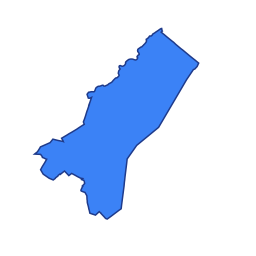 outline of Ramatas pag., Mazsalacas, Latvia, rotated 143°
{"feature_id": "27541924B28390820320084", "entity_name": "Ramatas pag.", "entity_type": "district", "adm_level": 2, "iso_a3": "LVA", "parent_name": "Latvia", "parent_adm1": "Mazsalacas", "projection": "equal_earth", "projection_center": [24.963, 57.985], "detail": "fine", "context": "isolated", "style": "filled", "palette": "blue", "viewbox_px": 256, "rotation_deg": 143, "n_neighbors": 0, "source": "geoboundaries", "source_scale": "gbopen_adm2", "svg_char_len": 5228}
<svg xmlns="http://www.w3.org/2000/svg" viewBox="0 0 256 256"><g transform="rotate(143 128 128)"><path d="M218.3,163.4L214.0,159.8L213.7,159.5L213.7,158.4L213.7,156.5L214.1,156.0L213.3,154.8L212.0,152.2L211.8,152.0L215.4,150.4L219.6,148.8L222.2,147.6L222.9,147.3L223.1,145.7L223.3,144.0L223.5,142.2L223.3,141.6L221.2,135.3L219.0,131.5L216.4,131.5L215.9,131.8L215.7,131.8L212.9,131.8L212.3,132.2L210.0,132.2L210.0,131.7L206.3,131.8L204.6,131.8L203.9,125.6L200.3,125.6L198.5,121.7L197.7,119.8L196.1,116.5L194.6,114.9L196.1,114.7L194.9,112.9L194.5,112.4L194.7,112.5L195.3,111.2L195.9,109.9L196.0,109.8L196.4,109.7L198.6,109.3L199.4,109.2L199.4,108.5L199.7,108.5L200.2,108.3L200.6,108.0L201.6,107.5L203.0,106.7L203.2,106.4L203.3,105.9L203.2,105.7L202.9,105.2L202.5,104.5L201.4,102.8L201.1,102.4L201.2,101.9L201.3,101.3L201.6,98.8L201.8,98.4L202.2,97.8L202.8,96.9L203.3,96.2L203.6,95.8L204.1,94.8L205.4,92.9L205.7,92.2L207.0,89.0L208.1,86.7L208.3,86.2L208.4,85.8L208.9,84.7L209.1,84.2L209.4,83.7L209.5,83.3L209.6,83.0L209.7,82.8L209.5,82.6L208.9,81.6L208.5,81.1L208.0,80.3L207.8,80.1L207.4,79.5L206.4,78.0L201.3,78.5L201.0,76.2L200.9,76.1L201.0,76.0L200.5,71.5L200.4,70.0L200.3,69.2L199.4,67.8L195.2,67.7L194.6,67.7L191.1,67.7L186.9,67.7L184.3,67.7L182.1,67.6L181.3,68.4L179.7,70.1L171.6,78.4L166.3,83.8L163.3,87.1L162.2,88.2L159.7,90.9L150.6,100.3L147.3,103.8L131.5,108.9L103.2,110.1L52.0,131.4L40.6,135.3L39.1,134.9L35.8,135.5L32.5,137.3L33.3,140.6L33.4,141.2L34.3,144.5L35.4,148.9L36.3,152.8L37.4,157.5L37.9,159.1L39.5,166.0L40.0,169.2L40.2,169.7L41.0,172.8L42.2,177.7L42.9,180.9L43.4,182.7L43.5,183.3L43.8,184.6L42.2,184.7L42.2,184.8L42.2,185.1L42.2,185.3L42.2,185.5L42.0,185.8L41.8,186.0L41.9,186.3L41.8,186.7L41.5,186.8L41.4,187.0L41.2,187.2L41.4,187.4L41.6,187.5L41.8,187.5L42.5,187.6L42.8,187.6L43.1,187.7L43.6,187.7L44.3,187.7L45.3,187.7L46.1,187.8L46.8,187.8L47.8,187.9L48.1,187.9L49.7,187.9L50.3,188.0L50.8,188.0L51.1,188.1L51.4,188.1L51.8,188.1L52.5,187.8L53.0,187.6L53.3,187.5L53.7,187.5L54.0,187.6L54.3,187.6L54.6,187.8L54.8,188.0L55.0,188.3L55.3,188.4L55.6,188.4L56.0,188.3L57.0,187.9L57.3,187.9L57.6,187.8L58.0,187.8L58.6,187.8L59.2,187.7L59.5,187.8L59.9,187.9L60.0,187.9L60.3,187.6L60.5,187.3L60.5,187.2L60.6,186.7L60.8,186.4L61.2,186.1L61.6,185.9L62.0,185.6L63.3,185.3L63.6,185.2L64.9,185.0L65.3,185.0L65.8,184.8L67.2,184.7L68.0,184.5L68.4,184.6L68.5,184.7L68.7,184.8L69.4,184.9L69.5,184.9L70.0,184.9L70.4,184.9L70.6,184.9L71.3,184.9L71.6,185.0L71.8,185.0L72.0,185.0L72.6,184.9L72.9,184.8L73.2,184.5L73.5,184.3L73.6,184.2L73.8,184.0L73.9,183.7L74.1,183.4L74.2,183.2L74.2,182.6L74.2,182.1L74.2,181.8L74.2,181.6L74.3,181.3L74.3,181.0L74.5,180.5L74.6,180.2L74.8,180.0L75.0,179.9L75.5,180.0L76.1,180.1L76.8,179.9L77.2,179.8L77.6,179.7L77.8,179.5L78.0,179.4L78.1,179.2L77.8,178.7L78.0,178.3L78.1,178.2L78.3,178.0L78.8,177.8L79.1,177.6L79.3,177.5L79.5,177.5L80.1,177.5L80.6,177.6L81.1,177.8L81.4,178.2L81.7,178.5L82.2,179.3L82.6,179.9L82.8,180.1L83.1,180.5L83.3,180.6L83.6,180.9L83.9,181.1L84.7,181.7L85.1,181.8L85.7,182.1L86.3,182.3L86.7,182.3L87.2,182.3L87.6,182.3L88.5,182.3L89.0,182.2L89.7,182.2L89.9,182.1L90.1,182.0L90.3,181.9L90.5,181.8L90.7,181.5L90.8,181.4L90.8,181.2L91.0,181.0L91.4,180.8L91.8,180.6L92.3,180.4L92.9,180.2L93.1,180.2L93.3,180.2L94.0,180.2L94.3,180.3L94.7,180.4L95.0,180.5L95.4,180.7L95.5,180.8L95.6,181.0L95.8,181.3L96.0,181.5L96.5,182.4L96.6,182.5L96.8,182.6L97.0,182.7L97.2,182.8L97.5,182.8L97.8,182.7L98.0,182.6L98.2,182.3L98.5,181.9L98.6,181.7L98.7,181.4L98.8,181.2L98.8,180.9L98.8,180.6L98.7,180.3L98.7,180.2L98.9,179.9L99.0,179.8L99.4,179.7L100.2,179.5L100.4,179.4L100.7,179.3L101.1,179.1L101.5,178.8L101.7,178.6L102.6,177.8L102.7,177.7L102.9,177.4L103.0,177.2L103.0,176.8L103.1,176.3L103.2,175.9L103.3,175.6L103.4,175.4L103.8,175.2L104.3,175.0L104.9,174.9L105.7,174.8L106.3,174.7L106.8,174.8L107.0,175.0L107.4,175.2L107.6,175.3L107.8,175.3L108.1,175.3L108.5,175.3L109.8,175.1L111.2,174.9L111.5,174.8L112.6,174.5L113.2,174.4L113.4,174.4L113.7,174.4L114.0,174.4L114.8,174.5L115.4,174.6L116.1,174.8L116.5,174.8L117.2,174.8L117.6,174.7L117.8,174.7L118.2,174.7L118.3,174.7L119.1,174.9L120.0,175.1L120.3,175.2L120.6,175.2L120.8,175.2L121.1,175.3L121.4,175.5L121.7,175.8L122.1,176.2L122.1,176.3L122.1,176.7L122.1,176.8L122.1,177.0L122.5,177.4L122.6,177.5L123.1,177.7L124.3,178.0L124.7,178.1L125.1,178.3L125.6,178.5L126.0,178.7L126.3,179.0L126.7,179.2L127.0,179.3L127.3,179.3L128.5,179.4L128.9,179.4L129.4,179.3L129.9,179.1L130.4,178.8L130.7,178.6L131.0,178.4L131.4,178.1L131.7,177.9L131.9,177.8L132.1,177.7L132.3,177.6L132.6,177.5L133.0,177.4L133.3,177.4L133.5,177.5L134.2,178.1L134.6,178.4L134.9,178.7L135.1,178.8L135.4,179.0L136.2,179.4L137.7,180.1L138.0,180.3L139.6,179.8L140.4,179.6L141.0,177.9L141.1,177.6L141.7,175.7L140.6,174.8L138.7,174.4L142.4,171.8L145.1,170.1L144.9,170.0L149.4,166.9L150.4,166.3L152.5,164.8L153.7,163.9L155.1,162.9L157.3,161.4L160.0,159.7L160.7,157.3L165.8,157.7L167.4,157.8L169.7,157.9L173.6,158.3L175.5,158.5L178.5,158.9L179.7,159.0L180.9,159.1L187.2,159.8L187.5,157.2L187.8,156.2L187.9,156.4L188.3,156.7L191.5,160.3L194.7,164.3L199.0,163.2L202.9,164.1L209.3,165.6L210.9,164.9L214.6,163.5L218.3,163.4Z" fill="#3b82f6" stroke="#1e3a8a" stroke-width="1.5"/></g></svg>